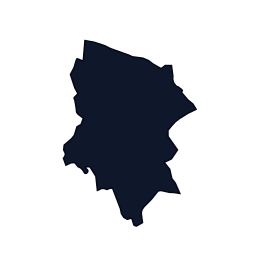 the Municipality of Gulbene, rotated 253°
{"feature_id": "LVA-1083", "entity_name": "Gulbene", "entity_type": "Municipality", "adm_level": 1, "iso_a3": "LVA", "parent_name": "Latvia", "parent_adm1": "", "projection": "orthographic", "projection_center": [26.543, 57.177], "detail": "fine", "context": "isolated", "style": "filled", "palette": "ink", "viewbox_px": 256, "rotation_deg": 253, "n_neighbors": 0, "source": "natural_earth", "source_scale": "10m", "svg_char_len": 1443}
<svg xmlns="http://www.w3.org/2000/svg" viewBox="0 0 256 256"><g transform="rotate(253 128 128)"><path d="M52.9,97.2L74.9,95.7L75.7,93.5L75.4,89.8L77.2,87.5L78.0,84.6L77.5,83.0L77.3,80.5L91.2,83.2L101.9,80.3L102.9,77.9L102.9,76.0L102.0,75.7L99.8,77.0L98.7,77.1L97.8,76.6L97.1,75.6L96.9,74.5L97.5,73.4L101.5,72.3L103.5,71.2L105.7,68.9L110.4,67.0L111.1,64.8L111.4,63.2L110.6,57.8L118.0,57.4L118.9,58.8L119.8,59.7L122.0,60.7L125.8,60.1L130.3,62.0L134.2,70.9L136.8,74.7L144.1,79.6L144.8,82.9L144.9,84.0L150.4,88.2L155.8,84.3L158.0,83.5L162.9,84.4L170.6,85.4L171.2,85.1L172.1,85.2L172.8,85.4L175.4,90.2L182.1,88.9L196.0,88.6L201.4,94.0L207.9,98.3L209.1,99.5L208.0,101.2L206.1,103.3L205.8,104.3L205.7,105.2L207.4,105.7L224.2,112.4L219.9,120.7L213.4,129.9L209.1,134.4L199.6,147.1L197.5,150.0L194.8,153.0L190.5,162.5L186.6,167.2L182.0,170.5L175.1,177.0L176.4,180.8L176.9,181.8L175.0,187.8L164.2,186.0L161.8,185.0L157.8,184.8L154.0,186.3L152.5,188.1L148.8,190.7L147.7,190.9L146.6,189.4L137.2,193.5L132.0,197.0L126.0,198.6L124.5,189.2L122.0,179.9L120.1,174.9L116.6,169.1L114.1,165.5L108.2,163.8L92.6,168.9L85.8,160.5L84.6,152.5L76.3,155.8L66.8,155.1L61.4,157.1L50.3,158.4L53.1,152.6L54.2,149.1L57.8,142.8L58.6,141.2L59.0,138.3L53.0,129.5L48.1,120.4L46.0,117.7L43.8,116.2L41.4,115.5L33.3,114.2L31.8,107.2L32.5,106.3L33.5,105.3L39.3,105.3L40.9,104.9L40.9,100.6L43.8,97.9L48.1,96.7L52.9,97.2Z" fill="#0f172a" stroke="#020617" stroke-width="1.5"/></g></svg>